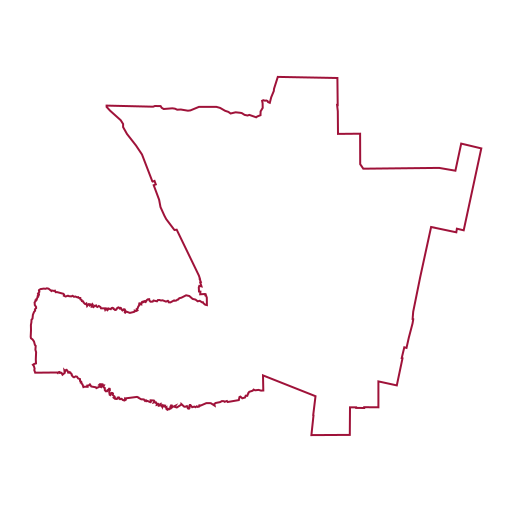 the district of Totoral, Córdoba, Argentina
{"feature_id": "61730980B56418772605079", "entity_name": "Totoral", "entity_type": "district", "adm_level": 2, "iso_a3": "ARG", "parent_name": "Argentina", "parent_adm1": "Córdoba", "projection": "albers", "projection_center": [-64.25, -30.717], "detail": "fine", "context": "isolated", "style": "outline", "palette": "rose", "viewbox_px": 512, "rotation_deg": 0, "n_neighbors": 0, "source": "geoboundaries", "source_scale": "gbopen_adm2", "svg_char_len": 5981}
<svg xmlns="http://www.w3.org/2000/svg" viewBox="0 0 512 512"><path d="M35.2,372.7L56.9,372.5L57.8,373.1L58.5,372.2L59.6,372.0L59.9,372.9L61.5,372.8L62.5,374.7L64.7,372.9L64.4,370.3L65.3,371.3L66.1,369.9L66.6,369.8L68.0,371.6L68.1,372.6L69.2,372.7L69.7,372.1L70.5,372.6L70.6,373.2L71.8,374.3L71.8,375.4L73.3,377.0L74.0,377.3L75.6,376.4L77.0,376.7L78.1,378.4L80.0,379.1L80.0,380.9L81.1,381.6L80.8,382.5L81.5,382.7L81.6,383.5L82.5,384.4L83.4,387.1L84.5,386.7L87.5,386.8L87.3,385.6L88.9,385.4L89.9,384.4L91.3,386.5L95.9,387.3L96.4,388.1L99.7,386.6L100.9,387.0L101.0,386.3L100.5,386.4L99.9,385.2L99.2,384.9L99.9,384.2L102.4,384.3L102.3,385.8L102.9,385.1L104.0,385.3L103.3,386.6L103.7,387.4L104.8,388.0L104.8,390.1L105.8,391.3L107.1,391.2L107.4,390.2L108.4,389.7L109.1,388.7L109.7,388.8L109.9,390.2L109.3,390.9L109.2,392.1L109.7,394.8L110.3,395.1L111.4,392.9L112.4,393.0L113.0,393.5L112.7,395.0L114.6,396.6L114.8,397.3L113.8,397.8L115.0,398.8L116.7,399.0L117.4,398.7L117.6,397.6L118.6,397.4L119.2,397.6L119.5,398.9L120.0,399.2L121.6,398.8L122.8,400.0L124.4,400.5L125.0,400.1L124.7,399.5L124.9,399.0L125.5,399.9L125.8,399.7L125.3,398.4L137.0,396.9L138.5,397.5L138.5,397.8L141.2,399.3L143.8,399.4L145.0,400.9L145.9,400.3L146.4,401.2L147.4,400.9L150.4,402.2L150.9,401.8L150.7,400.3L153.9,400.5L154.5,401.3L153.8,402.5L155.0,402.2L155.7,402.8L156.2,402.6L156.9,404.1L156.8,404.5L157.2,404.3L157.2,404.7L157.9,404.4L157.8,403.9L158.1,403.8L158.8,404.4L158.8,405.3L159.8,404.6L159.5,405.6L161.3,405.4L162.1,406.7L162.2,405.5L163.0,406.6L163.4,406.4L163.2,405.3L165.0,405.6L164.7,406.3L165.6,407.3L166.2,407.1L166.0,407.8L166.8,408.5L166.6,409.2L167.3,409.7L168.0,408.7L168.9,409.4L170.0,408.8L170.4,406.7L171.1,405.4L171.8,405.5L172.0,407.4L172.9,406.5L173.6,406.6L175.3,405.8L174.6,406.8L176.8,407.5L181.2,404.7L181.3,404.0L184.1,406.6L185.0,406.8L186.9,406.1L187.9,408.4L188.9,408.7L189.6,407.8L189.3,406.0L189.8,405.0L190.4,405.0L192.2,407.2L194.3,406.6L195.5,407.2L196.8,406.3L197.6,406.9L199.0,406.6L199.3,405.3L199.7,405.3L199.9,405.9L206.4,403.1L209.1,403.1L210.8,403.2L214.6,405.6L214.3,404.0L215.6,403.0L220.1,402.1L221.9,401.1L223.9,401.2L224.6,401.8L226.9,401.0L227.7,402.0L238.8,400.1L239.5,397.0L240.4,396.6L242.3,398.3L245.0,397.5L245.7,395.7L247.3,395.8L247.9,394.0L248.3,393.7L248.4,392.8L249.3,391.8L252.7,390.7L253.6,389.6L255.1,390.3L258.6,389.9L261.0,390.6L263.3,390.5L263.0,375.4L315.5,396.2L313.2,415.2L313.5,415.4L311.4,435.1L349.8,434.9L350.0,407.3L356.1,407.3L356.1,407.9L364.2,408.0L364.2,407.2L378.4,407.3L378.4,381.4L396.8,385.4L402.5,358.3L401.7,358.1L404.3,347.3L406.5,347.9L408.8,337.7L412.5,323.6L413.2,319.7L413.2,319.1L412.6,319.0L413.2,311.7L420.2,277.1L431.1,227.0L456.3,232.3L456.9,228.7L463.7,230.3L481.3,148.4L461.2,143.6L455.4,170.7L439.1,167.9L363.3,168.7L360.2,164.2L360.1,133.7L338.0,133.9L337.8,111.2L337.1,105.0L337.7,105.1L337.4,78.0L277.8,76.9L274.0,88.9L273.8,91.0L271.2,97.3L269.8,102.8L268.1,102.1L267.5,101.0L266.3,100.5L265.0,100.7L263.3,100.2L262.1,100.8L262.6,103.2L262.7,107.9L260.6,111.4L260.5,115.2L257.2,116.5L256.2,117.3L249.3,114.9L247.6,115.5L244.6,114.9L241.8,113.1L240.3,112.8L235.6,112.3L230.6,113.5L228.4,111.9L225.1,110.8L220.1,107.9L216.5,106.9L198.9,106.9L190.4,110.4L187.9,110.7L180.8,109.5L177.2,109.7L175.0,108.7L172.4,108.3L163.7,109.0L161.7,107.8L160.6,106.1L154.9,106.0L153.1,106.7L106.6,105.6L106.6,106.9L110.1,110.7L120.7,120.2L123.1,124.0L123.1,127.1L127.0,134.0L136.0,145.5L142.0,154.5L152.3,181.3L152.7,181.6L154.5,180.9L155.8,184.4L153.7,185.2L159.1,199.7L160.5,207.1L164.4,215.7L166.2,219.1L174.2,229.7L174.5,230.0L176.7,229.7L198.9,275.6L200.0,279.0L199.7,279.2L200.9,282.1L200.2,282.4L201.5,286.4L199.3,285.9L198.8,287.4L199.0,291.5L200.4,291.6L200.2,294.3L204.8,294.0L205.4,295.4L205.9,295.2L205.3,293.4L206.8,297.6L206.9,305.1L205.2,304.7L203.4,303.2L202.9,302.2L202.0,302.3L199.7,300.8L197.7,301.3L195.5,299.6L192.6,298.9L189.3,296.0L186.1,295.3L181.4,297.7L179.3,298.2L178.2,299.5L177.6,299.5L176.3,300.5L174.7,300.8L174.1,300.4L170.4,302.4L168.7,302.3L168.3,301.1L167.9,300.8L166.0,301.6L162.6,300.3L161.0,300.5L159.4,300.0L157.8,300.1L157.0,301.3L153.5,300.5L152.7,301.6L150.5,301.7L149.4,300.5L149.2,299.2L147.9,299.3L147.0,299.9L145.6,302.1L145.1,301.9L145.4,301.5L145.0,301.0L142.7,301.7L143.2,302.2L141.3,303.0L141.3,304.3L139.4,303.4L139.1,304.2L139.4,305.2L138.3,306.4L137.6,308.4L136.7,309.1L137.5,310.3L137.0,310.6L136.2,311.0L134.7,310.6L134.7,311.5L134.1,311.9L129.9,312.9L126.1,311.5L125.6,311.6L125.6,312.3L125.2,312.7L124.8,312.4L125.2,310.3L124.6,309.3L123.6,309.3L123.4,310.0L122.5,310.5L121.4,309.3L121.0,308.1L120.2,307.8L119.7,308.5L118.4,307.4L117.3,307.9L116.4,309.5L115.8,309.9L115.1,310.0L114.7,309.3L113.6,309.1L113.4,308.2L112.4,307.8L111.5,308.1L110.8,309.2L108.7,308.7L107.4,310.2L106.9,309.7L107.5,308.6L105.8,308.9L105.2,309.8L105.0,309.2L105.3,308.3L101.0,308.3L100.4,307.0L98.8,306.0L97.4,307.0L96.2,306.3L96.1,305.5L94.5,305.8L93.5,307.1L92.4,306.5L91.6,306.7L91.6,306.0L92.7,304.7L92.3,304.1L91.4,305.3L90.4,304.5L89.7,305.3L89.1,304.1L88.6,304.1L87.1,306.0L86.4,303.5L85.6,304.1L84.9,303.9L83.5,302.4L83.2,301.4L81.9,301.1L81.6,300.0L80.4,299.4L80.3,298.0L78.5,297.8L78.1,297.1L77.2,297.3L75.3,296.5L74.0,296.8L72.6,295.8L71.3,296.4L69.0,296.2L68.0,295.7L65.6,296.5L63.8,295.7L64.1,294.6L63.4,293.8L57.1,292.1L55.7,292.2L54.9,290.7L54.4,291.0L51.8,290.5L51.4,291.0L48.6,288.7L46.8,288.3L45.6,288.8L43.8,288.6L40.5,289.1L39.0,290.1L38.9,290.7L39.4,291.8L38.1,293.5L39.0,294.2L38.9,294.9L37.9,295.2L37.6,296.4L38.1,296.8L37.3,297.7L36.7,299.6L36.2,299.5L36.1,300.2L35.5,300.4L35.7,301.0L34.6,302.4L34.8,305.0L36.1,307.0L36.1,308.2L35.3,308.8L34.9,309.8L35.1,310.7L34.0,312.0L32.9,314.8L32.5,318.6L31.5,319.8L31.4,322.2L30.9,325.0L31.0,330.2L30.7,336.9L31.0,338.3L32.6,339.5L34.0,341.5L34.9,344.9L35.7,345.9L35.4,349.7L36.1,352.2L35.8,359.5L36.0,363.4L34.1,364.0L32.9,364.8L33.9,366.1L34.6,368.6L34.3,370.1L35.2,372.7Z" fill="none" stroke="#9f1239" stroke-width="2"/></svg>